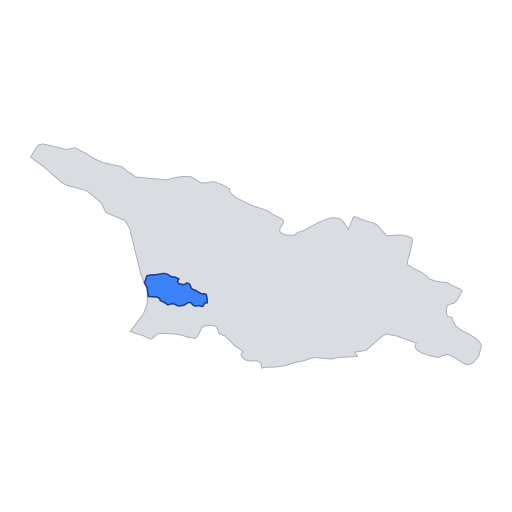 where Guria sits in Georgia
{"feature_id": "GEO-3028", "entity_name": "Guria", "entity_type": "Region", "adm_level": 1, "iso_a3": "GEO", "parent_name": "Georgia", "parent_adm1": "", "projection": "orthographic", "projection_center": [42.215, 41.976], "detail": "fine", "context": "in_parent", "style": "filled", "palette": "blue", "viewbox_px": 512, "rotation_deg": 0, "n_neighbors": 0, "source": "natural_earth", "source_scale": "10m", "svg_char_len": 2929}
<svg xmlns="http://www.w3.org/2000/svg" viewBox="0 0 512 512"><path d="M261.6,368.1L261.7,366.4L261.1,363.7L259.0,361.9L256.0,360.7L250.6,361.2L245.5,360.0L241.9,356.7L241.0,354.1L243.1,352.0L241.6,350.3L235.3,346.2L224.9,335.9L219.1,333.7L216.8,327.2L214.5,325.8L209.6,325.3L204.5,325.9L203.4,326.6L201.9,327.7L197.8,335.8L195.0,338.5L188.1,337.3L182.4,335.4L177.7,334.3L168.6,333.6L158.3,333.5L151.3,339.2L148.4,338.4L143.1,335.6L134.6,333.2L130.1,331.3L143.2,314.4L147.1,304.3L147.3,298.1L147.5,290.4L140.9,274.4L135.3,251.6L129.5,227.8L125.0,220.7L105.7,212.3L101.4,202.9L86.7,190.7L66.1,185.1L62.0,182.8L44.5,167.3L30.7,157.2L33.9,151.4L38.0,145.3L42.4,143.9L54.9,146.6L66.5,149.6L75.0,147.8L85.0,152.9L94.1,158.6L103.4,162.7L121.5,166.6L128.2,171.9L136.0,177.1L167.0,179.9L169.5,179.1L171.8,178.3L182.2,176.5L191.4,176.8L201.2,183.0L207.4,182.6L214.0,181.7L222.6,184.9L229.4,188.6L230.0,192.4L235.9,197.8L253.2,206.0L267.2,210.5L271.6,213.8L282.3,219.1L283.4,220.8L283.2,223.1L280.3,227.3L279.6,231.0L281.0,233.0L285.5,235.0L294.3,235.2L297.4,232.6L303.9,230.5L310.2,227.0L318.8,222.3L330.4,217.9L335.1,217.8L339.7,218.9L342.9,221.1L348.4,229.3L353.3,217.4L354.7,216.5L359.6,218.7L368.2,221.7L374.2,223.2L377.4,225.5L386.9,235.9L401.5,234.9L407.7,236.2L411.1,237.9L412.7,239.9L410.5,250.7L407.3,261.9L407.7,264.6L413.8,268.6L422.0,272.6L426.4,276.0L429.5,279.1L436.0,281.2L443.5,282.4L447.1,282.4L450.9,284.9L460.8,289.5L462.1,290.7L460.6,294.0L457.1,300.1L454.1,303.2L450.7,303.9L447.4,305.4L446.4,308.6L446.4,312.7L447.1,315.5L448.1,316.6L451.6,317.4L455.4,325.8L461.0,329.9L469.6,334.4L477.4,339.6L481.3,344.5L480.8,348.3L478.7,356.2L472.8,363.0L467.7,364.9L465.8,364.4L462.3,362.5L455.2,357.9L447.6,354.3L441.9,355.8L438.2,357.5L430.7,356.0L421.7,353.0L417.0,349.8L414.9,347.4L416.1,343.0L395.8,335.8L386.2,334.0L381.9,336.5L367.7,349.0L366.0,350.3L354.8,352.2L354.8,353.2L357.5,355.7L357.0,356.5L338.2,357.4L331.9,359.1L315.2,357.5L309.7,358.5L305.0,360.5L293.6,362.9L285.7,365.6L275.6,367.0L265.2,367.3L261.6,368.1Z" fill="#d9dde1" stroke="#a8b0b8" stroke-width="1"/><path d="M196.0,306.0L194.3,305.9L193.4,305.4L190.8,302.7L189.3,302.4L187.5,303.0L183.9,305.3L180.2,305.8L179.0,306.0L177.0,305.5L175.8,304.8L173.6,303.7L170.3,304.1L168.6,304.7L167.7,304.9L165.6,303.2L164.8,302.9L163.5,302.0L160.2,300.6L159.8,298.7L158.8,298.1L157.0,297.0L148.2,296.5L148.2,296.1L147.4,290.4L147.3,288.4L147.0,287.1L144.3,282.3L145.4,280.4L145.8,279.9L146.1,278.2L147.0,275.7L151.3,274.9L155.6,274.8L163.9,273.4L167.6,274.3L171.0,276.6L175.3,277.2L178.9,279.0L177.3,281.4L179.0,283.8L182.3,284.3L183.5,284.7L184.7,284.3L186.7,283.0L189.1,283.6L190.4,285.7L191.3,288.4L193.3,289.6L195.7,290.3L197.4,291.6L199.3,292.5L200.6,293.3L201.9,293.9L204.0,293.7L206.1,294.3L207.1,298.2L207.3,302.8L205.6,302.9L204.1,303.9L203.5,305.5L202.4,306.4L200.8,306.2L199.3,305.6L196.0,306.0Z" fill="#3b82f6" stroke="#1e3a8a" stroke-width="1.5"/></svg>